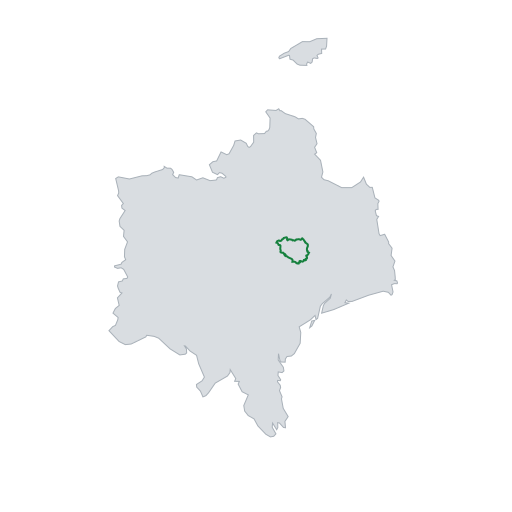 location of Corrèze within France, rotated 242°
{"feature_id": "FRA-5280", "entity_name": "Corrèze", "entity_type": "Metropolitan department", "adm_level": 1, "iso_a3": "FRA", "parent_name": "France", "parent_adm1": "", "projection": "mercator", "projection_center": [1.862, 45.347], "detail": "fine", "context": "in_parent", "style": "outline", "palette": "green", "viewbox_px": 512, "rotation_deg": 242, "n_neighbors": 0, "source": "natural_earth", "source_scale": "10m", "svg_char_len": 6428}
<svg xmlns="http://www.w3.org/2000/svg" viewBox="0 0 512 512"><g transform="rotate(242 256 256)"><path d="M378.2,217.0L375.4,218.6L373.6,221.8L371.8,222.5L368.5,222.6L367.0,220.6L363.0,221.8L361.4,223.9L363.8,226.4L356.0,236.6L351.0,239.2L350.0,245.8L344.1,250.8L342.0,255.9L341.8,257.0L343.3,258.7L342.6,262.0L339.7,264.2L339.7,266.4L340.5,266.7L345.0,264.9L346.8,262.9L345.9,260.2L350.4,256.9L358.5,257.7L359.5,262.2L358.4,265.9L364.3,274.0L359.2,277.7L358.9,280.2L364.1,288.2L367.4,291.5L365.6,296.9L360.1,300.3L356.6,300.1L355.1,300.9L355.2,302.6L357.6,307.4L363.6,310.5L364.5,314.2L362.8,315.5L360.1,321.0L361.3,323.7L360.8,324.9L361.4,326.7L363.0,328.5L371.2,333.2L378.7,332.3L379.6,334.9L375.1,342.0L375.3,345.2L373.0,345.3L372.6,346.4L368.0,348.7L360.6,355.8L357.1,357.9L355.8,361.5L353.7,363.5L343.1,367.6L341.1,366.7L335.9,366.8L332.7,364.2L326.5,362.6L324.5,358.8L318.7,358.1L318.4,355.6L310.2,357.9L298.8,354.5L294.8,350.8L291.5,351.8L288.5,355.1L276.2,363.7L271.4,372.6L272.3,383.0L275.1,388.0L267.6,387.2L263.2,388.7L262.0,390.9L251.5,388.3L247.5,390.5L246.5,390.3L245.1,388.2L239.9,385.7L240.7,384.0L240.0,382.5L235.1,381.3L233.4,382.8L231.6,379.8L217.9,375.1L215.7,375.2L214.8,379.8L206.0,379.7L204.7,378.9L199.0,379.8L193.0,375.5L186.3,376.3L182.1,371.8L178.1,371.5L172.5,369.2L169.9,368.0L169.6,366.7L167.9,368.7L165.8,368.3L165.3,367.6L166.7,365.1L167.0,362.2L159.9,360.1L158.0,358.0L158.0,356.8L161.8,355.8L165.2,351.8L168.5,337.0L170.8,319.4L172.6,316.0L174.8,315.1L173.0,312.6L170.8,315.8L172.2,299.5L174.7,287.1L180.6,292.2L182.0,294.4L183.8,301.7L187.1,304.8L185.0,301.9L182.8,292.1L181.5,289.3L172.0,281.1L171.7,279.2L175.8,280.2L174.1,274.0L173.2,260.9L167.4,259.6L158.2,254.0L151.8,244.0L151.1,240.2L152.7,236.2L151.3,233.6L148.6,231.9L150.6,228.4L152.5,228.1L159.2,230.0L153.8,226.8L144.9,227.9L141.4,226.7L140.8,224.3L143.2,221.2L140.2,219.3L135.2,219.7L134.5,218.9L136.0,216.7L134.8,215.9L130.6,216.7L128.3,216.0L126.1,213.5L119.4,212.9L117.9,211.4L108.7,208.5L99.1,209.0L96.4,203.9L90.5,201.4L91.7,199.8L97.5,198.3L98.7,196.9L94.4,194.8L92.9,192.7L100.7,192.2L97.2,189.9L89.6,190.1L88.5,187.0L89.5,183.8L94.0,181.0L105.0,177.9L113.1,177.8L118.8,174.2L124.4,173.2L129.7,175.0L137.0,184.0L142.7,180.0L151.3,180.1L153.1,182.4L155.4,178.3L157.3,180.6L167.8,179.9L165.3,178.3L163.4,174.4L162.9,160.3L157.5,149.9L156.2,146.2L156.5,143.0L162.8,143.5L168.0,142.1L170.5,143.1L171.1,149.8L173.3,153.6L187.8,154.8L196.2,156.9L203.2,153.1L209.7,151.4L210.3,150.6L206.5,150.9L203.0,149.3L202.5,147.5L204.4,142.3L214.4,136.5L229.1,131.5L232.9,128.3L237.3,122.3L236.3,120.7L236.9,104.4L239.1,99.0L244.7,95.0L259.1,91.1L260.9,96.4L260.7,99.3L264.5,103.9L266.4,105.4L272.7,102.9L275.7,107.2L276.6,112.0L284.1,114.0L286.3,120.3L287.7,118.9L292.4,119.2L294.6,119.7L297.7,122.5L296.7,126.2L298.1,128.1L296.8,131.5L297.7,132.9L306.3,132.9L308.9,131.4L310.1,127.9L312.7,125.9L313.7,126.5L312.1,133.0L313.3,134.6L313.9,139.2L317.1,139.5L323.5,143.2L328.8,149.2L335.5,148.2L340.6,151.6L346.0,149.8L351.1,151.6L352.9,153.4L357.6,161.8L361.2,160.1L363.8,161.1L364.6,163.5L374.3,162.1L376.1,164.4L378.1,165.3L390.3,168.5L390.5,171.6L383.4,180.4L380.3,193.0L378.2,197.3L377.4,200.6L378.0,202.7L377.7,206.1L376.2,214.2L377.0,216.5L378.2,217.0ZM421.8,376.1L421.2,380.8L422.9,384.2L423.5,397.6L420.0,404.0L419.3,411.7L414.9,420.9L408.1,416.8L406.1,414.6L407.9,411.0L404.0,409.1L404.9,405.7L404.5,404.0L401.7,403.8L401.6,402.9L403.6,400.3L403.6,398.6L400.9,396.6L400.4,394.7L403.0,392.7L401.8,390.8L400.4,390.4L403.9,384.3L406.2,382.4L411.6,380.7L413.8,378.4L417.3,379.7L417.9,379.1L419.1,369.4L420.3,369.2L421.4,370.5L421.8,376.1ZM172.4,274.7L171.6,277.6L168.0,272.5L167.5,269.8L172.4,274.7Z" fill="#d9dde1" stroke="#a8b0b8" stroke-width="1"/><path d="M243.6,282.6L243.8,282.6L244.7,282.1L244.3,281.7L244.9,281.7L246.3,281.4L246.5,280.8L246.9,280.2L247.3,279.8L247.7,279.5L248.1,279.5L248.3,279.6L248.5,279.7L248.9,280.2L249.2,280.4L250.8,280.7L253.5,282.4L253.8,282.4L254.2,282.4L254.5,282.2L255.1,281.2L255.3,281.1L256.9,281.3L257.5,281.0L258.2,280.3L258.8,281.1L259.1,281.6L259.1,281.8L259.1,282.3L259.0,282.9L259.0,283.2L259.0,283.4L258.9,283.5L258.7,283.8L258.2,284.0L257.9,284.3L257.7,285.4L257.7,285.7L257.8,285.9L258.2,286.3L258.4,286.7L258.4,287.1L258.4,287.7L258.4,288.2L258.5,288.5L258.9,288.9L258.4,291.0L258.2,291.7L258.1,291.8L257.9,291.9L257.1,291.8L256.6,291.6L256.2,291.3L256.0,291.2L255.9,291.1L255.5,291.1L255.2,291.2L255.0,291.3L255.0,291.5L255.3,291.8L255.4,292.0L255.4,292.3L255.4,292.5L255.1,293.1L254.9,293.6L254.7,293.8L253.7,295.1L253.6,295.3L253.1,295.5L252.6,295.6L252.5,295.9L252.3,296.6L252.2,296.7L251.3,297.4L251.3,297.7L251.3,297.9L251.3,298.2L251.3,298.4L251.5,298.6L251.6,298.9L251.7,299.2L251.6,299.6L251.1,300.6L251.0,301.0L250.9,301.3L250.7,301.7L250.5,302.0L250.3,302.2L249.4,302.9L249.3,303.2L249.3,303.4L249.3,303.6L249.8,304.5L249.9,304.8L249.9,305.1L249.7,305.2L249.5,305.3L248.7,305.4L248.2,305.7L246.9,305.7L246.4,305.8L245.7,306.1L245.4,306.1L245.1,305.8L244.8,305.8L244.6,305.9L243.3,306.6L242.1,307.1L241.6,307.0L241.3,307.0L241.2,306.9L241.0,306.7L240.8,306.5L240.5,306.4L240.1,306.2L239.9,306.0L239.8,305.8L239.7,305.5L239.6,305.4L238.8,304.6L238.0,304.1L237.6,303.9L237.0,303.7L236.7,303.7L236.2,303.9L236.0,303.7L235.9,303.5L235.8,303.4L235.6,303.4L235.4,303.5L235.2,303.7L235.1,303.8L234.8,303.9L234.5,304.1L234.1,304.3L233.9,303.8L233.4,303.5L233.3,303.3L233.1,302.9L232.9,302.5L232.7,302.0L232.6,301.7L232.7,301.2L232.8,301.0L232.8,300.6L232.7,300.5L232.5,300.4L231.2,300.5L230.9,300.4L230.6,300.3L230.1,300.0L229.9,299.7L230.0,299.3L230.1,299.1L230.2,298.9L230.2,298.7L230.1,298.4L230.0,298.2L229.8,298.2L229.3,298.2L229.0,298.1L229.0,297.8L229.0,297.6L229.2,297.4L229.8,296.9L229.9,296.7L230.0,296.4L229.8,296.2L229.5,296.0L229.2,295.7L229.1,295.2L229.2,294.8L229.2,294.4L229.3,294.2L229.5,294.0L229.8,293.8L230.2,293.3L230.8,292.9L230.9,292.7L231.0,292.3L231.0,292.1L230.8,292.0L230.6,292.0L230.4,292.1L230.2,292.1L229.8,291.9L229.7,291.7L229.7,291.4L229.8,291.2L230.0,291.0L230.1,290.7L230.2,290.4L230.1,290.2L229.9,290.1L229.7,290.1L229.4,290.0L229.5,289.7L230.0,289.0L230.6,288.4L231.1,288.2L231.5,288.2L232.1,288.0L232.9,287.3L233.2,286.8L233.8,285.4L235.3,286.4L236.6,286.2L239.7,283.8L240.9,283.4L241.3,283.0L241.6,282.6L241.8,282.3L242.2,282.2L242.4,282.3L242.7,282.6L242.9,282.7L243.3,282.6L243.6,282.6Z" fill="none" stroke="#15803d" stroke-width="2"/></g></svg>